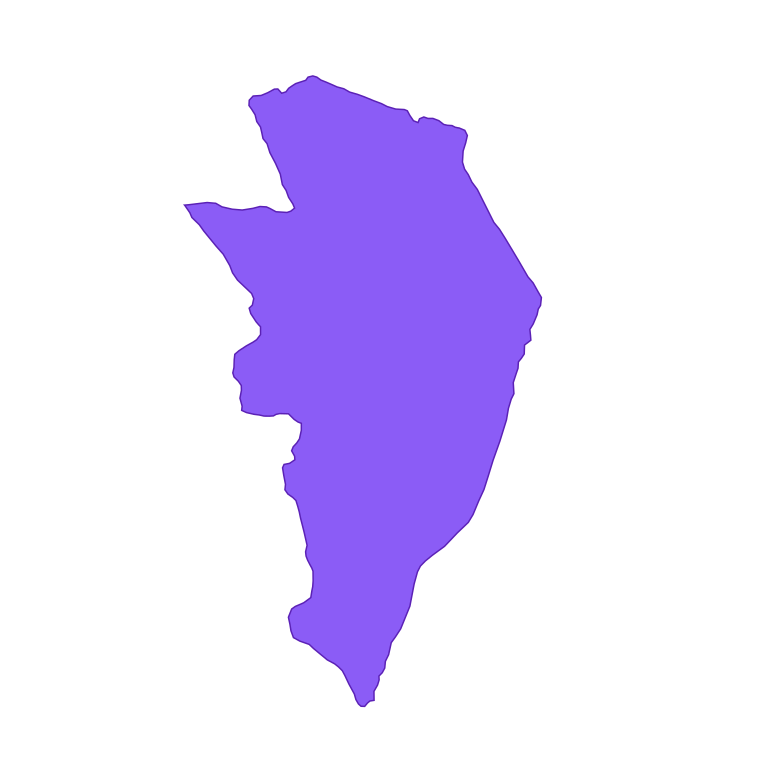 outline of Pajala, Norrbotten, Sweden, rotated 171°
{"feature_id": "70781695B61999332123961", "entity_name": "Pajala", "entity_type": "district", "adm_level": 2, "iso_a3": "SWE", "parent_name": "Sweden", "parent_adm1": "Norrbotten", "projection": "mercator", "projection_center": [23.06, 67.406], "detail": "fine", "context": "isolated", "style": "filled", "palette": "violet", "viewbox_px": 768, "rotation_deg": 171, "n_neighbors": 0, "source": "geoboundaries", "source_scale": "gbopen_adm2", "svg_char_len": 3096}
<svg xmlns="http://www.w3.org/2000/svg" viewBox="0 0 768 768"><g transform="rotate(171 384 384)"><path d="M232.1,404.3L231.7,409.2L231.4,415.1L227.2,420.0L222.0,428.4L219.9,433.9L217.1,437.1L215.0,444.8L217.4,451.0L220.9,460.5L225.1,467.4L231.4,483.8L235.6,494.3L241.5,508.9L245.7,518.7L250.2,526.4L261.4,561.6L265.6,569.6L268.0,577.6L270.8,583.6L271.8,590.9L269.4,601.7L265.6,609.4L262.8,616.4L264.5,621.9L269.7,625.1L271.0,625.5L273.6,626.5L276.4,628.6L280.9,629.6L284.4,631.0L288.6,635.5L294.2,638.7L299.0,639.4L302.9,641.5L307.4,640.4L309.5,636.9L313.7,639.4L316.5,645.3L318.2,650.2L321.0,651.9L329.4,653.7L337.4,657.5L342.6,661.3L350.0,665.5L358.7,670.8L365.0,674.3L372.3,677.7L377.5,681.9L383.8,684.7L388.7,687.9L393.6,691.0L398.8,694.1L402.3,697.6L406.1,699.4L411.0,699.0L413.6,696.4L413.8,696.2L420.1,695.2L424.3,694.5L428.4,692.7L431.9,691.0L435.1,687.9L439.6,687.2L442.7,692.0L446.2,692.4L453.2,689.9L460.2,688.2L468.2,688.9L472.7,685.4L473.8,680.2L471.7,676.0L469.2,670.1L468.6,663.1L465.8,657.2L465.4,651.6L465.1,645.3L461.9,639.7L460.5,630.3L456.7,619.1L453.6,607.6L453.2,596.8L450.4,590.5L449.0,583.2L445.9,576.2L444.8,571.7L449.0,569.3L452.9,568.6L463.7,571.0L469.2,575.2L472.4,577.3L478.7,578.7L486.0,578.0L496.8,578.0L506.6,580.4L516.3,584.3L521.9,588.8L530.3,590.9L549.1,591.6L553.0,591.9L552.8,591.6L549.0,583.6L547.7,578.5L541.5,570.2L538.1,563.3L528.3,546.5L522.5,537.4L517.8,525.1L516.2,517.5L512.4,509.5L500.6,494.1L499.3,488.7L501.7,482.5L505.3,480.0L504.6,474.4L500.6,465.5L498.6,462.2L497.0,459.9L498.2,452.1L502.8,447.7L506.6,445.9L514.0,443.2L522.0,439.6L526.7,436.7L528.1,431.6L529.6,423.8L531.6,418.6L531.0,414.4L527.4,409.5L525.2,404.8L525.8,400.1L528.5,392.5L527.6,384.3L528.7,380.2L524.3,377.3L517.1,374.4L512.0,372.9L507.5,371.1L502.4,370.2L498.2,369.8L495.3,370.9L491.7,371.1L483.0,369.5L478.3,363.1L474.9,359.9L471.8,358.1L472.9,351.2L476.1,343.0L479.4,339.4L483.4,336.3L485.7,332.5L483.6,326.7L483.9,323.1L489.7,320.4L495.3,320.2L497.3,317.1L497.3,309.9L497.0,300.3L498.4,295.0L496.1,290.3L491.9,286.3L489.2,282.7L488.3,276.5L487.7,270.9L487.4,264.4L486.8,258.1L486.1,250.3L485.2,236.7L487.7,230.5L487.9,226.2L487.0,222.0L485.4,217.1L484.1,213.5L483.4,210.2L484.8,200.6L486.1,195.0L487.7,190.7L489.7,184.5L492.4,183.1L497.5,180.5L500.8,179.6L506.4,178.2L510.4,176.2L514.9,168.6L514.5,161.3L514.5,154.8L513.1,147.7L507.3,143.2L498.6,138.5L495.0,133.8L489.9,128.0L483.2,120.4L476.5,115.3L473.2,111.7L470.0,107.3L468.2,102.1L465.6,93.2L463.8,88.1L461.8,82.5L461.1,76.7L459.3,72.0L457.1,69.3L453.5,68.6L450.2,71.5L447.5,73.1L443.3,73.1L442.0,82.0L437.5,87.6L435.1,92.5L434.7,96.3L430.9,99.1L427.7,103.3L426.0,109.9L421.8,115.9L417.3,127.4L412.4,132.3L405.8,139.6L393.2,160.5L385.5,181.8L380.3,193.3L376.5,198.5L370.9,202.7L363.2,207.2L349.6,214.2L335.0,225.4L322.4,234.1L316.5,241.1L308.8,253.6L301.8,264.1L295.2,277.3L288.2,291.6L278.5,309.4L268.7,329.3L264.9,340.5L260.7,349.2L257.2,354.1L256.1,365.2L251.6,374.0L249.2,378.5L247.8,384.8L244.3,387.9L240.8,391.7L239.1,400.5L235.2,402.6L232.1,404.3Z" fill="#8b5cf6" stroke="#5b21b6" stroke-width="1.5"/></g></svg>